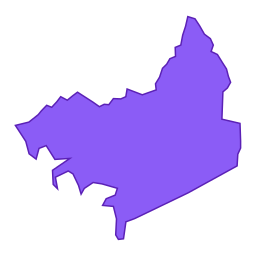 Taquaruçu do Sul, Rio Grande do Sul, Brazil
{"feature_id": "56859067B25773622943364", "entity_name": "Taquaruçu do Sul", "entity_type": "district", "adm_level": 2, "iso_a3": "BRA", "parent_name": "Brazil", "parent_adm1": "Rio Grande do Sul", "projection": "equal_earth", "projection_center": [-53.496, -27.405], "detail": "fine", "context": "isolated", "style": "filled", "palette": "violet", "viewbox_px": 256, "rotation_deg": 0, "n_neighbors": 0, "source": "geoboundaries", "source_scale": "gbopen_adm2", "svg_char_len": 1065}
<svg xmlns="http://www.w3.org/2000/svg" viewBox="0 0 256 256"><path d="M134.6,218.6L188.2,192.8L237.1,165.9L237.8,154.2L240.6,148.1L240.6,141.1L240.3,132.0L240.0,123.4L221.9,119.2L222.9,91.9L227.4,88.0L230.6,82.3L228.4,76.4L226.5,69.0L222.6,62.9L217.4,54.5L211.1,51.5L213.3,45.1L210.4,38.7L204.4,34.2L199.6,25.8L195.0,18.8L187.8,16.6L185.6,26.2L182.7,35.1L180.8,45.1L175.2,47.4L175.5,56.4L169.9,58.7L166.7,64.2L162.5,68.3L159.6,77.1L155.5,83.8L156.2,89.9L142.3,94.8L127.1,89.0L125.8,96.7L120.8,98.9L113.4,98.6L108.8,104.7L104.2,104.3L99.4,106.7L92.9,102.1L77.5,92.2L72.8,95.7L67.3,100.2L60.7,96.7L56.8,101.8L51.7,107.3L46.7,105.3L41.4,110.8L38.2,114.7L28.9,122.1L15.4,125.4L25.8,141.4L29.1,153.8L36.1,159.1L39.0,148.4L46.2,145.6L54.9,159.4L69.9,158.4L52.5,170.3L53.2,184.4L57.5,188.7L55.4,177.2L68.2,171.0L73.0,173.9L78.5,185.4L81.1,194.1L84.3,188.4L93.1,182.5L102.0,183.9L117.4,188.3L115.2,195.1L106.2,198.7L102.6,205.4L113.4,206.4L116.5,218.9L115.7,234.9L118.4,239.4L123.5,238.8L125.9,221.8L134.6,218.6Z" fill="#8b5cf6" stroke="#5b21b6" stroke-width="1.5"/></svg>